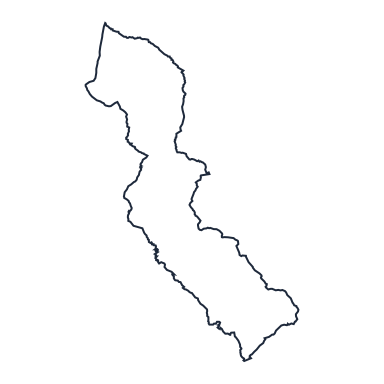 Starchiojd, Prahova, Romania
{"feature_id": "2599482B13642425667529", "entity_name": "Starchiojd", "entity_type": "district", "adm_level": 2, "iso_a3": "ROU", "parent_name": "Romania", "parent_adm1": "Prahova", "projection": "robinson", "projection_center": [26.147, 45.385], "detail": "fine", "context": "isolated", "style": "outline", "palette": "slate", "viewbox_px": 384, "rotation_deg": 0, "n_neighbors": 0, "source": "geoboundaries", "source_scale": "gbopen_adm2", "svg_char_len": 6011}
<svg xmlns="http://www.w3.org/2000/svg" viewBox="0 0 384 384"><path d="M243.5,360.4L244.2,361.0L249.9,358.7L249.7,358.4L250.9,358.2L249.7,356.5L249.7,356.0L250.7,354.9L251.9,354.4L254.2,351.8L256.7,349.5L259.8,345.6L263.2,343.1L264.2,340.7L265.3,339.3L264.6,338.2L269.0,336.9L272.2,334.6L273.5,334.6L274.7,333.5L276.0,330.6L281.3,325.5L284.1,324.7L286.9,325.2L287.6,324.8L287.8,323.8L289.0,324.7L291.3,323.5L293.7,324.1L294.9,321.7L295.5,321.6L297.3,319.2L296.0,316.2L295.9,314.2L298.0,311.5L298.4,309.7L297.4,307.8L296.5,306.9L296.4,306.1L294.2,305.3L293.2,303.3L292.6,302.8L290.8,298.3L287.3,295.1L286.1,292.4L285.0,291.1L282.4,290.0L280.6,290.4L278.3,289.9L275.7,290.3L272.1,288.8L270.2,288.9L268.3,289.5L266.1,287.6L265.6,286.8L266.5,285.8L266.8,284.1L265.7,283.7L264.4,281.5L261.2,278.4L260.9,277.3L261.6,276.5L261.5,275.4L259.6,273.5L254.8,270.3L252.8,267.6L252.8,266.9L248.6,262.2L246.0,256.8L245.9,255.8L242.5,255.5L241.3,256.1L239.6,255.0L239.2,252.6L236.4,246.0L238.3,244.1L238.0,241.1L237.4,240.5L235.3,239.6L233.6,238.1L228.1,237.3L224.3,237.1L222.6,237.4L221.9,237.2L221.8,235.9L222.3,234.4L222.1,233.5L219.5,230.8L216.6,229.2L213.7,229.1L210.3,227.9L209.1,228.2L207.8,227.7L206.4,228.4L203.7,228.7L201.5,230.2L199.8,229.8L198.6,228.6L198.0,225.6L198.0,224.3L199.7,222.3L200.5,220.7L197.1,216.5L195.5,215.7L195.3,214.9L194.7,214.4L194.8,212.5L194.0,210.9L192.9,210.1L192.8,209.4L190.8,207.1L189.5,204.9L190.4,202.9L192.4,201.0L191.6,199.6L191.6,198.8L193.6,193.8L194.0,192.2L195.4,190.5L196.0,188.9L197.7,186.7L196.8,185.5L196.8,183.8L195.8,182.4L198.4,180.5L200.3,179.9L200.9,177.4L200.6,176.0L201.0,175.4L209.4,174.1L208.7,172.4L206.9,173.1L206.5,172.9L205.2,169.7L205.9,167.1L205.2,164.5L202.7,162.3L201.6,162.1L200.6,161.3L199.5,161.7L198.6,160.5L197.6,161.1L197.0,161.1L194.4,159.6L192.3,159.0L191.4,159.0L190.5,159.6L189.3,159.4L186.6,156.2L186.0,153.9L182.7,152.7L181.6,152.9L179.7,152.3L177.3,152.3L176.5,150.6L176.6,149.8L175.8,148.6L175.8,147.9L176.4,147.0L175.6,145.8L175.8,144.7L174.6,141.2L175.2,140.6L174.9,139.5L175.7,138.8L175.7,137.4L176.4,137.0L176.4,133.7L181.1,130.8L180.5,129.3L180.3,127.3L182.3,124.1L184.1,117.1L184.0,115.6L182.5,109.8L182.1,106.8L183.1,104.1L183.6,101.1L183.5,98.4L184.2,97.4L184.0,96.2L184.2,95.7L185.3,94.8L185.5,93.6L183.4,91.6L182.8,90.3L182.5,88.0L183.5,86.6L183.3,85.1L184.1,84.4L185.2,82.4L184.7,81.5L185.0,80.6L184.2,78.9L184.6,78.1L183.4,75.6L183.6,74.5L181.5,72.3L181.7,71.8L182.3,71.7L183.4,70.6L177.8,67.4L178.0,66.4L177.3,65.5L176.4,65.1L175.3,63.9L173.7,63.2L173.0,62.5L173.4,61.5L172.6,60.0L171.4,59.8L171.5,58.5L170.0,57.6L169.7,56.5L167.9,56.5L167.4,55.7L164.4,54.2L159.1,49.5L158.8,48.6L158.0,47.6L154.9,46.0L152.7,43.9L150.9,43.3L150.1,42.2L148.8,42.1L148.3,39.9L147.9,39.6L144.2,39.0L142.8,39.2L141.3,38.7L140.0,37.5L138.7,37.9L137.8,37.6L137.0,38.2L134.7,38.7L132.5,37.2L131.7,37.5L129.4,37.0L128.3,37.8L127.4,37.9L126.7,37.7L126.0,36.8L123.9,36.7L118.9,33.2L118.5,31.8L116.5,31.7L112.8,30.5L112.6,29.2L111.1,29.3L110.9,28.5L109.7,28.2L108.2,26.5L106.4,25.6L105.6,23.3L105.2,23.0L103.9,26.6L102.4,34.6L102.2,37.0L100.3,46.5L99.6,52.0L99.8,55.7L97.6,61.5L97.6,63.0L96.3,68.9L96.3,72.9L95.4,78.1L93.6,80.8L89.4,82.0L86.0,84.4L85.6,84.9L85.7,86.2L86.9,88.3L87.3,90.0L88.4,91.3L89.8,94.0L92.0,96.6L96.8,100.3L100.6,101.5L101.6,102.3L103.8,103.3L104.6,104.7L105.6,105.5L109.0,106.3L110.8,106.1L115.1,103.0L117.4,102.0L119.8,106.4L120.4,108.8L123.3,110.5L125.4,112.3L127.0,114.5L126.1,116.6L127.1,119.4L126.5,122.0L126.6,122.8L127.4,123.7L127.2,126.6L129.2,127.5L128.7,130.0L129.0,131.2L127.8,134.0L128.1,135.1L127.2,136.7L126.2,137.6L126.2,139.0L127.9,139.9L127.7,141.7L128.8,142.2L129.9,144.1L130.7,143.5L131.7,143.6L131.0,144.9L132.7,146.2L134.9,146.9L135.1,147.3L134.8,147.8L135.5,149.0L138.1,150.8L138.5,151.5L141.4,152.5L141.9,153.1L143.7,153.5L143.8,153.9L147.5,155.7L146.3,157.5L142.9,159.7L142.0,162.2L140.7,163.7L140.5,164.5L141.1,165.4L140.7,165.9L141.2,166.1L140.4,166.5L140.7,167.1L140.4,167.5L141.4,167.8L140.9,168.9L141.1,169.8L139.6,171.7L138.9,175.0L137.2,177.4L136.7,179.7L135.3,181.4L133.8,182.1L131.2,184.4L128.3,186.2L126.9,189.4L124.7,192.2L123.9,196.7L124.3,197.3L124.3,198.0L126.7,199.3L128.6,200.9L129.0,202.2L130.0,203.4L130.7,205.8L131.7,208.0L131.4,209.3L130.7,210.3L130.0,210.6L129.6,211.8L129.1,212.0L128.7,211.4L128.5,211.8L129.0,213.6L128.3,214.6L127.9,216.0L127.9,217.7L128.4,218.9L128.3,220.9L130.4,221.8L133.5,225.8L142.4,228.3L144.1,232.6L145.0,234.0L146.6,235.5L146.7,236.9L147.8,238.1L147.9,239.4L148.8,239.8L148.9,242.0L150.4,242.9L151.4,242.4L151.8,244.0L152.4,243.6L152.9,244.4L153.6,244.3L153.6,245.2L155.7,245.5L156.0,246.6L155.7,247.8L156.1,248.4L155.1,249.2L157.3,249.1L157.9,249.9L157.6,250.6L156.5,251.2L156.5,249.6L155.3,250.1L155.8,251.3L157.7,252.1L154.9,254.0L155.7,254.4L156.2,255.4L155.6,255.6L155.6,256.7L156.7,256.6L155.4,258.1L156.3,259.3L156.2,260.0L157.4,259.9L157.9,260.2L157.6,261.0L158.2,261.2L158.2,262.3L159.1,263.5L161.2,262.2L164.4,263.5L165.0,264.7L164.5,267.0L166.9,269.9L171.6,271.8L173.9,274.1L172.7,273.8L172.2,274.2L172.7,275.3L173.9,276.3L173.8,278.2L174.8,279.9L175.3,280.3L177.8,280.6L178.8,281.9L180.5,282.1L182.1,285.2L184.1,286.9L182.9,287.9L184.5,289.2L186.0,289.5L188.3,290.8L189.3,291.9L190.6,292.7L191.9,293.0L195.2,297.4L197.9,298.5L198.2,300.3L200.5,303.8L203.2,305.6L207.0,309.4L207.2,311.1L206.8,312.8L207.2,314.2L207.2,316.0L208.4,317.1L208.4,320.3L208.1,321.2L208.8,322.1L208.7,323.6L209.4,324.6L213.1,324.6L214.0,323.6L215.9,323.7L217.0,321.8L219.2,321.8L220.1,322.5L220.0,322.8L219.6,324.1L218.3,325.0L219.1,325.4L219.2,325.8L217.6,327.5L219.0,328.7L219.7,328.5L220.0,328.9L220.5,327.9L221.8,328.9L223.2,331.6L225.3,333.7L227.9,333.6L230.1,334.9L230.4,334.7L230.3,333.7L231.2,332.7L234.2,332.5L234.9,336.5L235.8,337.2L238.3,340.6L240.0,344.5L240.2,347.0L241.4,348.4L241.4,348.8L240.2,350.1L240.5,352.1L240.3,352.8L240.8,353.6L240.7,354.6L241.2,356.1L242.4,357.5L244.1,358.6L243.9,360.0L243.5,360.4Z" fill="none" stroke="#1e293b" stroke-width="2"/></svg>